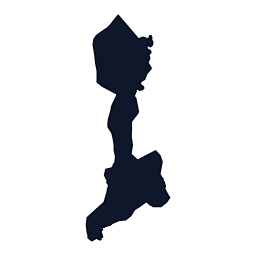 Anambra East, Anambra, Nigeria
{"feature_id": "59680162B18196869714953", "entity_name": "Anambra East", "entity_type": "district", "adm_level": 2, "iso_a3": "NGA", "parent_name": "Nigeria", "parent_adm1": "Anambra", "projection": "orthographic", "projection_center": [6.879, 6.476], "detail": "fine", "context": "isolated", "style": "filled", "palette": "ink", "viewbox_px": 256, "rotation_deg": 0, "n_neighbors": 0, "source": "geoboundaries", "source_scale": "gbopen_adm2", "svg_char_len": 2393}
<svg xmlns="http://www.w3.org/2000/svg" viewBox="0 0 256 256"><path d="M97.2,82.0L102.2,86.1L116.5,93.7L117.2,94.4L117.2,94.7L111.8,106.1L111.1,110.4L108.8,118.4L108.1,122.7L108.2,127.1L111.9,132.8L113.3,138.5L114.3,144.9L114.4,150.4L115.7,157.0L114.9,163.0L113.6,164.4L112.8,167.0L111.4,168.1L105.9,169.4L104.6,175.3L106.4,179.0L107.4,180.2L107.1,181.2L106.9,182.6L108.0,183.9L108.7,185.9L108.1,187.6L107.4,190.0L107.5,190.9L104.2,202.3L87.3,217.6L86.5,224.4L87.2,231.8L88.3,236.0L88.0,237.6L88.9,238.1L89.5,239.1L90.6,239.8L91.6,240.6L92.8,240.6L93.3,239.5L93.8,239.4L94.4,239.1L95.0,239.1L95.2,238.5L96.1,238.2L97.0,238.1L97.7,238.7L98.2,239.3L99.3,239.6L99.8,239.8L100.3,239.8L100.9,239.4L100.9,238.8L100.6,237.8L101.8,237.5L101.9,237.2L102.1,236.9L102.4,236.8L102.3,236.6L102.3,235.8L101.6,235.7L101.8,234.9L101.8,234.3L100.8,234.0L101.1,233.5L100.9,233.3L101.4,233.0L101.2,232.5L101.1,231.7L101.1,231.1L101.5,230.5L101.7,230.4L101.5,230.0L101.9,229.7L102.4,229.5L101.9,228.5L101.9,228.4L102.0,227.2L104.2,227.3L104.2,226.6L109.1,225.4L110.5,225.0L112.0,223.4L119.0,220.4L125.4,219.8L130.7,215.8L133.3,211.5L134.5,209.6L138.3,207.1L138.6,207.1L146.5,201.4L147.4,202.4L150.4,205.0L151.6,205.3L153.1,206.5L161.0,206.5L166.6,202.0L169.5,197.6L166.8,193.1L164.6,188.4L165.0,187.4L165.3,185.7L164.7,184.5L164.3,182.3L163.1,181.0L163.1,180.3L163.0,180.1L162.9,179.9L163.0,179.7L163.0,179.2L162.9,179.2L162.8,178.7L162.6,178.3L161.6,177.5L159.8,174.1L162.0,161.8L160.0,155.8L155.6,150.9L145.3,156.2L137.6,160.3L130.8,154.1L132.3,145.1L131.0,136.4L131.3,129.4L131.3,124.2L131.4,121.3L137.4,113.7L137.5,113.4L138.4,111.9L135.8,98.7L134.0,96.0L136.0,91.6L136.1,89.5L136.9,89.0L138.0,89.2L139.8,90.2L142.4,89.5L143.6,88.4L143.5,86.9L140.8,84.7L140.1,83.2L141.2,81.3L144.6,79.3L146.6,73.9L151.1,68.5L150.8,67.5L147.8,62.6L149.6,58.6L149.4,57.0L148.7,55.2L148.7,54.2L149.8,53.9L150.9,52.3L150.4,50.7L148.9,50.0L147.6,49.4L147.0,48.3L147.0,45.9L147.4,45.2L148.4,45.3L149.5,46.5L150.9,46.5L152.3,45.0L152.8,42.5L151.9,40.3L151.4,39.9L151.7,37.7L151.1,35.9L149.9,35.7L149.2,37.5L148.4,38.8L147.2,39.0L146.4,38.8L145.7,38.1L144.9,37.7L143.3,37.4L141.6,37.6L139.3,38.9L138.0,38.5L118.3,15.4L117.9,15.5L115.1,19.0L110.7,24.7L107.4,28.0L101.6,31.9L96.3,35.8L93.8,39.7L93.3,45.4L94.0,49.3L94.9,54.8L95.0,55.5L95.7,62.7L97.3,71.2L97.3,78.5L97.2,82.0Z" fill="#0f172a" stroke="#020617" stroke-width="1.5"/></svg>